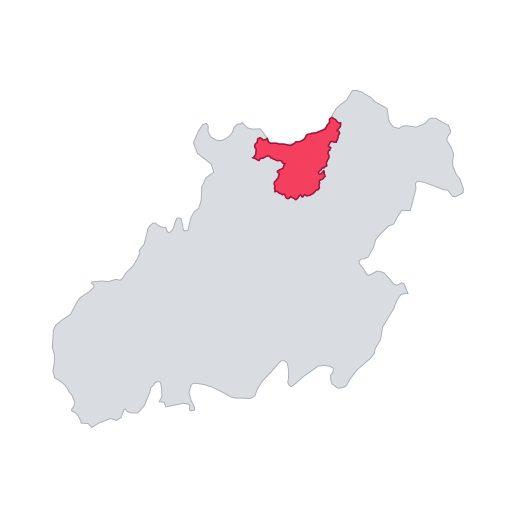 where Zajecarski sits in Republic of Serbia, rotated 265°
{"feature_id": "SRB-844", "entity_name": "Zajecarski", "entity_type": "District", "adm_level": 1, "iso_a3": "SRB", "parent_name": "Republic of Serbia", "parent_adm1": "", "projection": "albers", "projection_center": [22.117, 43.747], "detail": "fine", "context": "in_parent", "style": "filled", "palette": "rose", "viewbox_px": 512, "rotation_deg": 265, "n_neighbors": 0, "source": "natural_earth", "source_scale": "10m", "svg_char_len": 9194}
<svg xmlns="http://www.w3.org/2000/svg" viewBox="0 0 512 512"><g transform="rotate(265 256 256)"><path d="M287.4,190.4L299.8,194.4L305.4,198.2L308.4,203.1L316.3,206.3L329.2,207.9L338.2,212.9L343.3,221.3L351.6,219.3L363.0,206.8L374.2,203.5L385.3,209.4L391.4,214.3L392.4,218.1L389.9,219.7L383.7,219.0L378.6,221.4L374.7,226.8L374.1,232.7L376.9,238.8L380.9,243.1L386.0,245.4L388.7,248.6L389.1,252.7L390.4,253.8L387.6,255.7L384.4,258.6L382.7,263.5L382.3,271.3L372.4,277.6L368.6,278.7L367.0,282.8L364.4,294.4L364.7,303.0L366.1,307.5L366.7,311.1L370.0,315.5L372.9,322.3L374.9,331.2L379.3,338.1L390.5,344.9L396.0,348.8L400.1,354.5L403.3,359.7L412.5,366.5L411.9,371.5L409.9,376.3L407.8,378.6L403.3,384.9L398.9,388.4L391.6,399.4L379.9,400.1L377.1,401.0L372.7,404.0L370.6,409.4L372.7,413.8L372.5,418.3L370.4,426.9L373.3,436.1L377.4,440.3L378.1,442.8L377.4,447.1L371.3,455.9L369.4,459.2L363.2,460.8L361.1,460.0L357.9,457.0L354.9,456.1L347.5,459.7L340.0,461.8L334.0,460.2L328.2,459.9L324.1,461.4L321.1,462.0L315.1,465.7L305.4,468.4L301.0,467.8L299.3,464.2L297.6,459.1L298.5,456.8L304.8,452.8L305.6,449.0L314.5,430.5L316.3,424.5L316.3,422.5L314.0,421.2L309.2,421.2L287.8,413.6L288.8,405.0L282.6,400.3L275.8,396.0L274.7,391.4L267.3,382.0L261.9,376.7L254.9,374.0L248.9,370.1L245.3,367.7L243.8,363.3L243.8,360.7L242.0,358.2L239.1,358.4L234.2,361.8L228.0,364.7L226.9,366.8L229.0,372.0L230.5,375.3L229.8,378.4L227.8,382.4L215.9,390.9L214.5,393.9L216.7,398.8L215.2,401.1L205.3,404.1L205.6,401.4L205.1,397.1L199.6,392.4L191.8,388.7L174.5,376.1L167.8,374.3L161.8,372.7L153.3,366.6L148.9,365.5L144.1,361.1L133.8,346.8L125.0,338.8L118.9,334.7L117.3,330.9L117.1,327.0L117.3,325.7L122.2,320.4L125.8,319.7L130.5,319.7L133.5,322.6L137.5,323.3L139.8,319.8L141.1,314.7L140.8,308.2L131.7,292.7L123.8,281.8L122.9,279.5L124.7,277.5L127.7,276.6L130.7,277.6L138.8,278.6L146.5,277.9L149.2,275.4L149.4,271.9L146.6,268.6L137.9,259.6L131.1,251.7L123.0,245.5L117.0,242.9L115.3,239.9L114.6,236.7L115.5,230.8L116.2,223.4L117.8,218.8L123.6,210.1L129.2,201.0L132.8,192.0L134.7,183.7L134.2,181.3L131.5,179.4L125.8,177.4L117.7,178.7L110.8,181.5L108.1,181.6L107.4,177.9L108.5,176.3L110.7,176.5L112.4,177.3L114.3,175.7L115.6,170.7L113.5,153.0L118.6,151.6L118.7,149.1L119.3,146.9L124.4,150.1L131.8,150.4L138.2,150.0L139.3,148.3L139.3,145.8L138.0,143.8L135.8,142.2L134.2,139.7L129.9,138.5L116.5,131.6L110.1,124.7L110.6,117.6L112.7,113.7L115.1,112.4L114.4,111.1L106.9,107.5L104.4,102.8L106.8,97.0L103.3,84.9L99.5,77.3L103.7,74.3L104.4,69.8L104.8,67.2L106.5,67.3L113.2,64.5L115.7,62.2L117.2,59.3L118.8,58.7L123.0,62.0L127.7,62.4L133.0,60.6L136.9,58.0L141.7,55.9L143.9,54.4L146.7,52.0L152.3,44.9L158.6,43.6L166.8,45.7L175.7,46.6L182.4,45.1L199.3,47.6L202.9,49.4L205.2,51.3L209.5,57.6L213.6,65.8L219.5,69.6L226.5,74.2L230.1,77.5L235.3,87.3L239.4,92.1L240.8,91.9L242.3,90.7L243.3,89.7L244.4,90.6L244.4,93.6L244.5,100.1L243.4,107.0L244.8,113.6L244.8,115.6L243.8,117.5L243.9,119.1L245.3,120.9L251.0,125.4L256.3,132.1L262.5,136.9L268.2,140.0L271.8,140.2L277.7,145.7L289.4,149.7L293.2,151.1L295.7,153.4L297.6,156.0L297.7,158.7L295.9,160.0L293.3,163.7L292.2,168.3L290.3,169.4L288.4,169.5L287.0,170.8L287.3,172.8L288.9,174.6L291.3,176.3L296.0,178.1L300.7,180.6L300.6,182.6L299.6,184.7L293.7,185.4L289.3,185.8L287.3,186.6L287.4,190.4Z" fill="#d9dde1" stroke="#a8b0b8" stroke-width="1"/><path d="M372.1,277.6L369.7,278.0L367.9,278.8L367.0,280.2L366.8,281.6L366.8,284.7L366.6,286.4L366.4,286.8L365.7,288.3L365.4,288.8L365.3,292.0L364.6,295.4L363.6,297.8L363.2,300.2L364.2,303.1L366.2,305.5L366.3,306.3L366.0,308.1L366.0,309.0L366.4,310.4L366.9,311.8L367.5,313.2L368.2,314.3L369.2,315.2L371.5,316.4L372.3,317.2L372.8,318.6L372.9,321.1L373.6,322.6L373.3,323.1L373.2,323.4L373.3,323.8L373.5,324.2L373.6,324.5L373.6,325.0L373.3,325.8L373.2,326.4L373.3,326.9L374.3,328.9L375.7,334.0L376.5,336.0L377.6,337.0L380.2,338.2L380.7,338.8L381.8,340.3L382.6,340.8L383.4,341.0L385.1,340.9L385.8,341.1L386.4,341.8L387.3,343.6L387.5,343.8L386.9,344.5L385.9,345.7L385.2,346.7L384.6,347.4L384.3,347.7L383.3,348.1L383.0,348.3L381.4,349.9L381.3,350.1L381.2,350.3L381.2,350.7L381.4,351.4L381.4,351.6L381.4,351.8L381.3,352.0L381.0,352.0L380.8,352.0L379.4,351.7L378.3,351.6L377.0,350.9L376.7,350.7L376.3,350.0L375.5,349.3L374.7,348.0L374.5,347.7L374.3,347.6L374.1,347.6L373.8,347.7L373.7,347.8L373.4,348.8L373.1,349.3L372.9,349.5L372.7,349.7L372.1,349.8L371.3,349.8L371.1,349.8L370.8,350.0L368.4,348.2L368.1,348.1L367.2,348.1L366.8,348.1L366.0,347.7L365.3,347.5L365.0,347.3L364.1,346.6L362.3,345.9L362.3,345.7L362.6,344.9L362.6,344.6L362.5,344.0L362.6,343.5L363.2,342.7L363.4,341.8L363.5,341.4L363.4,341.1L363.2,340.5L362.9,340.0L362.5,339.5L362.3,339.4L361.2,338.9L360.3,338.2L359.7,337.8L359.5,337.7L359.2,337.7L359.0,337.8L358.8,337.9L358.4,338.4L358.1,339.0L357.6,339.7L357.5,339.9L357.1,339.9L356.9,339.8L356.1,339.0L355.9,338.8L355.3,338.6L354.9,338.6L354.9,338.1L354.8,337.9L354.6,337.6L354.0,337.3L353.2,337.0L352.5,336.7L352.1,336.6L351.7,336.7L350.6,337.3L349.7,337.5L349.0,337.5L347.9,337.3L347.0,336.9L346.3,336.5L345.6,335.8L345.3,335.6L345.0,335.4L344.1,335.1L343.4,334.6L342.9,334.4L341.6,334.1L341.2,334.2L340.4,334.5L340.0,334.5L339.7,334.3L339.3,334.0L339.2,333.8L339.1,333.4L339.3,333.0L339.2,332.8L337.9,331.5L337.7,331.2L337.8,331.0L338.0,330.5L338.0,330.0L338.0,329.7L337.8,329.5L337.0,328.9L336.3,328.4L335.9,328.1L335.5,327.6L335.4,327.3L335.4,327.2L335.5,327.1L334.3,325.8L334.0,325.6L333.7,325.5L332.8,325.6L332.5,325.7L332.4,325.8L332.0,326.7L332.0,326.9L332.1,327.4L332.2,327.9L332.3,328.2L332.4,328.3L333.2,329.1L333.8,329.8L334.2,330.1L334.9,330.4L335.0,330.7L335.0,330.8L334.9,331.0L334.6,331.2L334.4,331.3L333.9,331.4L333.3,331.3L332.7,330.9L332.3,330.9L332.0,331.0L330.9,331.6L329.2,331.8L328.5,330.6L327.2,329.6L326.9,329.3L326.6,328.6L326.5,327.9L326.0,326.6L325.7,326.1L325.6,325.9L325.4,325.7L325.0,325.5L324.5,325.4L324.1,325.4L323.2,325.7L322.8,325.7L322.2,325.4L321.7,325.0L321.4,324.9L319.9,325.0L319.0,325.2L318.5,325.1L318.2,325.0L317.6,324.5L316.9,324.0L316.7,323.7L316.5,323.4L316.6,322.4L316.5,322.2L316.4,321.8L316.0,321.2L315.6,320.9L315.3,320.6L314.6,320.0L314.4,319.8L313.8,318.9L313.1,318.0L312.9,317.7L312.8,316.8L312.6,316.4L312.5,316.2L312.0,315.7L311.9,315.4L311.8,314.9L311.7,313.2L311.6,312.6L311.4,311.7L311.5,311.4L312.4,310.7L312.6,310.5L312.8,310.2L312.8,309.9L312.6,309.6L311.8,308.5L311.6,308.3L310.9,308.0L310.8,307.9L310.7,307.6L310.8,307.1L311.0,306.9L311.4,306.6L312.1,306.5L312.3,306.4L313.0,305.7L312.2,304.6L311.5,303.7L311.2,303.4L310.0,302.7L308.6,300.6L308.7,300.4L308.9,300.0L309.8,299.3L310.9,298.0L311.0,297.7L311.0,297.1L311.1,296.9L311.3,296.6L311.9,296.0L312.0,295.8L312.0,295.7L311.9,295.4L311.5,295.0L310.7,294.2L310.5,293.8L310.4,293.2L310.4,292.6L310.5,292.4L310.7,291.8L310.9,291.5L311.3,291.2L313.0,290.4L313.6,290.2L314.4,290.1L314.7,289.9L315.1,289.4L315.2,289.2L315.2,288.8L315.1,288.7L314.8,288.1L314.7,287.8L314.7,287.6L314.8,287.4L315.7,286.5L316.1,286.0L316.3,285.5L316.3,285.0L316.4,284.7L317.1,284.1L317.4,283.7L318.5,282.8L318.7,282.6L318.8,282.4L318.8,281.9L318.7,281.5L318.3,280.9L318.3,280.6L318.4,280.4L318.5,280.4L319.9,280.7L320.3,280.7L320.5,280.7L321.4,280.3L321.9,280.3L322.2,280.4L323.0,280.8L323.5,280.9L323.8,280.9L324.5,280.9L325.5,280.5L326.1,280.3L326.3,280.3L328.0,280.8L328.3,281.0L328.8,281.6L329.0,282.0L329.2,282.5L329.4,282.7L330.1,282.9L330.4,283.2L330.8,283.6L331.5,284.5L332.6,285.2L334.1,285.5L334.4,285.6L335.0,286.0L335.9,286.4L336.1,286.4L336.3,286.3L336.5,286.2L336.9,285.6L337.3,284.8L337.5,284.7L338.0,284.6L338.6,284.7L338.8,284.8L338.9,285.0L339.2,285.8L339.8,286.8L339.9,287.0L340.0,287.2L340.0,287.9L340.4,288.6L340.5,289.0L340.6,289.7L340.8,290.1L341.2,290.5L341.6,290.7L344.1,291.8L344.7,292.3L345.5,292.9L345.7,292.0L346.3,290.6L346.5,290.4L347.3,290.2L348.2,289.7L348.4,289.7L348.6,289.3L348.9,288.5L349.1,288.0L349.1,287.7L349.1,287.1L349.0,286.2L349.0,285.8L349.5,284.5L350.2,283.6L350.5,283.2L350.6,282.9L350.8,282.2L351.1,281.7L351.8,280.8L352.2,280.3L352.5,279.2L352.7,278.9L353.0,278.8L353.8,278.6L354.1,278.4L354.4,278.1L354.5,277.8L354.6,277.4L354.5,276.6L354.5,276.3L354.6,275.5L354.6,275.0L354.6,274.8L354.4,274.6L353.9,274.0L353.8,273.9L353.7,273.7L353.5,272.8L353.4,272.6L352.9,272.0L352.8,271.9L352.8,271.5L352.8,270.8L352.9,269.8L352.8,269.2L352.7,268.9L352.6,268.7L352.3,268.4L351.5,268.0L351.2,267.7L350.9,267.4L350.9,267.1L350.9,266.9L351.0,266.7L351.6,265.7L352.4,264.9L352.7,264.3L353.2,263.7L353.4,263.2L353.5,262.7L353.7,262.1L354.1,261.4L354.5,262.1L354.9,262.6L355.7,263.2L356.8,264.3L357.4,264.7L358.3,264.7L359.2,265.0L360.6,265.1L361.7,265.5L362.2,265.5L362.7,265.5L362.8,265.3L363.5,264.7L364.1,264.4L364.6,264.3L365.2,264.3L366.3,264.4L366.9,264.6L368.0,265.4L368.2,265.8L368.6,266.5L369.0,266.9L369.5,267.1L370.3,267.3L371.1,267.6L372.0,267.7L372.3,267.8L372.5,268.0L372.7,268.3L373.0,269.1L373.4,269.8L373.5,270.0L373.4,270.4L373.3,270.7L373.1,271.0L372.5,271.7L372.1,272.4L371.8,272.6L371.3,272.9L370.9,273.1L370.8,273.3L370.8,273.6L370.9,274.2L371.1,274.9L371.1,275.1L371.1,275.9L371.1,276.1L371.7,276.6L371.9,276.7L372.0,277.1L372.2,277.5L372.1,277.6Z" fill="#f43f5e" stroke="#9f1239" stroke-width="1.5"/></g></svg>